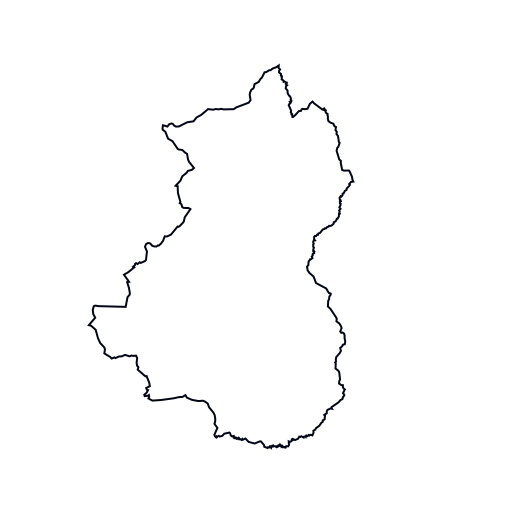 outline of Nueva Granada, Magdalena, Colombia, rotated 28°
{"feature_id": "7082276B5814206039603", "entity_name": "Nueva Granada", "entity_type": "district", "adm_level": 2, "iso_a3": "COL", "parent_name": "Colombia", "parent_adm1": "Magdalena", "projection": "orthographic", "projection_center": [-74.297, 9.76], "detail": "fine", "context": "isolated", "style": "outline", "palette": "ink", "viewbox_px": 512, "rotation_deg": 28, "n_neighbors": 0, "source": "geoboundaries", "source_scale": "gbopen_adm2", "svg_char_len": 6115}
<svg xmlns="http://www.w3.org/2000/svg" viewBox="0 0 512 512"><g transform="rotate(28 256 256)"><path d="M307.0,144.6L305.2,143.2L303.4,140.8L298.7,137.2L297.9,136.9L293.6,139.3L291.6,139.5L287.0,133.8L286.3,132.2L284.1,131.6L277.8,125.3L277.0,122.4L277.4,120.7L276.7,116.8L275.6,116.3L272.1,111.6L269.7,110.4L269.1,108.5L267.0,107.4L266.1,104.6L264.2,104.5L262.2,102.9L259.2,103.3L256.6,102.9L254.8,100.8L254.0,99.0L252.8,97.9L252.6,97.0L250.8,96.8L249.5,95.8L249.3,94.7L248.0,95.0L248.2,94.5L246.9,93.7L245.9,95.5L235.9,94.0L233.4,93.1L232.1,96.3L232.4,101.7L230.1,103.5L227.9,104.3L227.4,105.1L227.6,106.7L225.8,108.0L224.6,112.9L223.4,116.0L222.9,116.2L221.8,114.5L221.0,114.4L221.1,113.7L219.2,112.8L218.8,111.2L214.1,107.5L214.0,106.5L214.7,104.6L214.6,104.0L213.6,103.9L214.5,102.5L214.2,102.0L213.3,101.8L212.8,100.5L211.2,99.1L209.8,98.9L207.7,97.5L206.0,95.0L203.6,94.1L202.8,92.1L203.2,90.9L202.7,91.0L201.9,90.2L202.3,89.8L201.9,88.7L201.2,89.3L201.0,88.6L199.2,88.5L198.6,89.2L197.8,88.2L195.7,88.0L195.3,86.5L194.5,86.0L194.5,85.1L193.2,84.9L192.7,83.6L190.2,83.1L189.5,81.7L189.7,80.0L187.7,79.3L186.7,78.4L187.0,77.9L186.6,77.1L185.2,79.9L182.7,82.6L181.7,85.0L180.4,85.9L178.7,88.8L177.3,89.8L177.5,95.7L176.8,97.6L176.7,101.0L174.0,104.9L175.0,108.3L174.9,109.6L173.9,111.2L174.0,114.4L174.7,116.5L178.0,120.9L177.6,124.0L168.8,134.1L167.4,136.8L158.5,141.8L156.2,142.4L154.0,144.2L151.6,145.0L149.4,147.0L144.7,148.8L141.3,157.3L138.5,161.5L137.6,166.4L132.4,170.3L127.1,177.8L124.6,179.3L122.5,179.3L120.6,178.4L119.1,178.7L117.5,180.5L117.0,183.3L112.5,184.2L113.6,187.3L114.4,188.3L117.7,188.9L123.3,193.7L128.3,193.8L136.6,198.2L137.8,198.2L141.2,197.0L144.8,198.0L147.2,198.2L150.5,202.5L152.5,204.2L159.9,207.4L158.9,210.1L155.9,212.8L155.7,215.0L153.5,220.2L153.9,225.0L152.1,231.7L154.0,231.1L157.5,237.0L163.9,243.8L163.8,245.1L165.9,245.3L167.8,247.4L169.5,247.5L174.0,245.3L176.1,245.4L174.9,255.3L176.1,259.5L175.8,261.1L174.5,265.7L173.5,266.9L172.9,266.9L170.9,277.0L168.3,280.5L166.2,281.5L166.8,286.1L166.3,289.7L165.2,292.5L164.3,292.8L163.6,294.4L161.7,295.3L159.6,295.7L156.9,294.6L154.8,295.0L153.3,297.2L153.7,300.0L157.6,303.2L160.7,311.1L160.4,312.6L157.4,316.3L156.3,316.1L155.2,318.7L153.5,318.6L153.0,319.6L153.4,321.1L152.5,323.2L153.8,323.3L150.7,330.5L148.2,334.5L156.0,338.4L154.5,339.6L158.6,343.6L162.0,347.9L162.6,349.4L161.9,352.7L164.8,362.1L140.5,374.2L137.3,375.3L136.3,376.5L137.3,380.4L139.6,383.7L143.0,386.0L140.9,395.5L143.2,395.0L149.1,396.4L155.0,402.7L159.3,406.0L165.2,408.0L166.6,409.6L167.8,413.2L174.6,413.6L176.7,414.3L178.6,412.0L179.9,412.1L182.1,409.1L184.6,407.6L186.8,404.8L191.6,403.9L192.7,402.4L194.4,401.9L196.8,400.3L199.0,401.9L200.7,406.3L202.5,408.7L204.4,409.4L204.9,411.9L213.7,413.9L215.1,414.1L215.8,413.4L221.3,418.1L223.4,420.8L221.0,424.1L222.3,425.2L223.6,425.1L223.6,428.1L222.5,430.9L223.5,432.0L226.2,430.1L226.7,429.1L227.8,430.4L227.9,432.3L232.4,432.3L239.8,427.7L250.1,420.3L254.4,416.6L257.2,415.0L259.0,412.0L261.5,413.5L266.9,413.1L273.3,411.1L277.1,408.7L279.3,408.5L282.6,408.9L285.6,411.6L292.0,414.3L294.3,416.0L296.6,419.1L297.8,421.7L298.1,423.7L302.6,425.9L303.2,433.4L304.4,434.5L306.1,434.9L307.2,434.7L306.3,434.5L306.1,433.7L306.6,433.7L307.6,432.2L308.8,432.4L310.7,430.6L311.4,427.8L315.4,424.4L316.3,424.6L318.0,426.3L319.5,426.5L320.8,425.4L321.6,426.9L322.1,426.8L322.5,425.9L323.0,425.9L323.1,426.5L323.8,425.9L324.1,426.5L324.9,426.5L325.8,424.9L326.3,425.5L326.7,425.0L327.3,425.7L328.0,425.1L329.5,425.2L329.8,424.0L330.5,424.5L332.4,422.1L336.8,423.6L342.8,422.2L346.5,417.8L347.4,417.4L352.0,419.2L352.8,420.5L356.4,420.1L356.4,419.2L357.9,418.6L357.8,417.8L359.0,418.1L358.3,417.1L359.7,416.7L359.4,415.9L360.1,415.2L360.9,415.9L361.9,415.0L364.2,415.1L364.9,413.9L364.1,413.6L365.1,412.2L365.9,412.3L365.8,411.3L367.6,412.2L367.9,411.2L368.5,411.3L368.6,412.2L369.1,411.7L369.8,412.2L371.0,411.1L371.4,411.5L372.1,411.3L372.0,409.8L373.8,408.9L373.8,407.3L372.0,404.4L373.1,404.4L373.0,404.0L374.3,402.9L374.2,401.7L374.7,401.3L373.8,400.9L374.2,400.2L376.8,400.2L378.9,397.7L379.0,395.2L379.9,395.2L380.6,393.9L383.3,393.9L383.1,393.1L384.4,391.9L384.9,392.2L384.8,391.0L385.7,391.2L386.4,389.6L387.0,389.7L387.0,389.1L387.6,389.0L388.3,388.1L390.0,387.9L389.8,385.1L388.7,383.4L389.9,381.3L389.8,379.8L391.6,376.2L392.0,372.5L392.8,371.3L392.1,369.7L393.3,368.0L391.8,364.5L390.9,364.3L392.3,361.7L391.4,359.9L391.4,358.3L393.4,355.6L394.7,355.2L394.0,354.8L393.7,353.9L397.6,346.4L398.3,343.4L399.5,341.7L399.0,339.6L399.4,337.8L398.9,336.9L397.2,336.3L397.1,332.1L395.7,331.9L394.3,331.1L393.4,329.3L392.0,329.9L389.2,329.6L388.2,327.3L388.2,325.6L384.0,319.5L382.4,318.6L379.0,318.0L376.9,313.5L375.9,313.0L376.2,311.7L375.0,309.8L374.3,307.5L375.5,302.6L375.5,299.8L373.5,297.7L374.5,295.1L374.3,293.6L375.8,292.2L374.9,289.5L372.8,287.0L371.5,284.5L370.2,283.2L368.4,282.9L367.3,283.8L365.9,283.2L365.4,279.5L364.2,278.2L361.4,276.5L357.7,275.9L356.7,273.4L354.8,272.2L346.7,267.8L343.2,266.8L340.8,261.7L340.8,259.7L339.8,257.5L340.1,255.2L339.6,254.1L337.6,254.4L333.2,251.7L321.7,251.7L316.5,247.1L311.2,245.9L308.3,244.4L306.1,241.5L306.4,239.3L305.0,236.1L305.5,234.4L305.2,233.7L306.2,232.9L306.8,231.3L305.5,230.3L305.8,228.9L305.1,227.7L306.0,226.2L305.4,225.8L305.5,224.9L304.3,224.8L304.3,224.1L303.7,223.9L303.1,221.3L302.2,221.0L301.1,219.0L301.2,218.0L299.9,216.9L299.7,215.3L300.7,214.5L299.5,214.0L298.4,211.8L298.5,210.7L299.7,210.2L299.9,208.5L300.8,208.1L300.5,206.9L301.7,205.5L302.5,201.2L303.7,200.1L303.7,199.3L304.9,198.7L305.1,197.2L306.3,196.0L306.3,195.1L307.9,194.3L308.6,193.2L309.4,190.9L308.8,189.8L310.0,188.1L310.0,185.0L310.5,184.8L310.6,182.1L309.5,179.9L310.1,179.3L309.2,178.7L309.0,177.5L308.0,176.8L308.5,174.7L306.8,174.0L306.8,171.5L306.1,170.7L306.2,170.2L305.3,170.0L304.7,169.0L305.3,167.9L304.2,166.9L303.8,167.2L302.5,165.5L302.7,163.5L303.5,163.5L303.9,161.7L303.2,160.3L304.0,159.4L303.9,156.8L304.9,155.2L304.4,153.6L305.4,150.6L305.5,149.1L304.5,148.7L305.1,146.1L307.0,144.6Z" fill="none" stroke="#020617" stroke-width="2"/></g></svg>